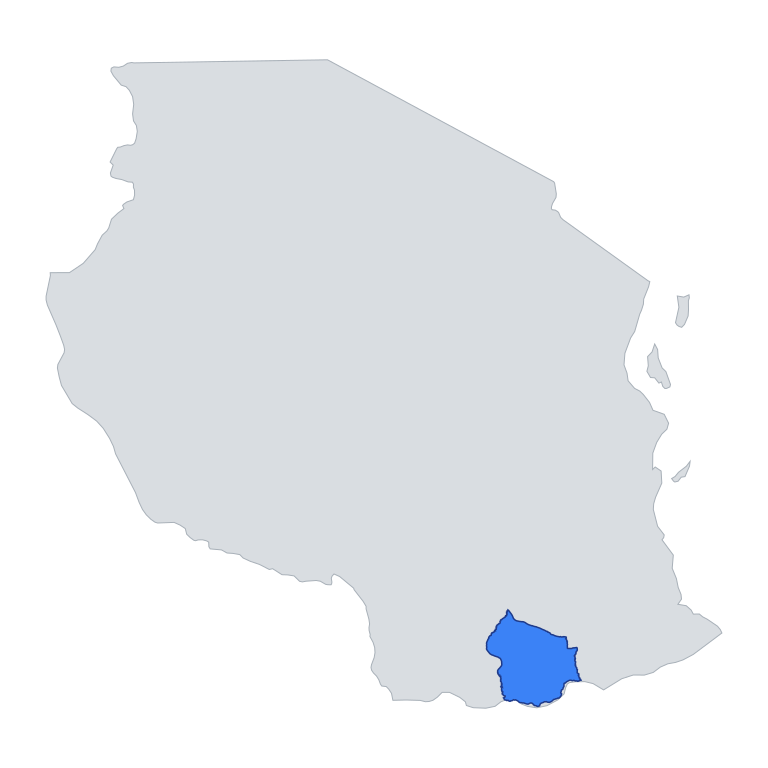 Tunduru, Ruvuma, United Republic of Tanzania shown in context
{"feature_id": "72390352B58168894275482", "entity_name": "Tunduru", "entity_type": "district", "adm_level": 2, "iso_a3": "TZA", "parent_name": "United Republic of Tanzania", "parent_adm1": "Ruvuma", "projection": "albers", "projection_center": [37.262, -10.895], "detail": "fine", "context": "in_parent", "style": "filled", "palette": "blue", "viewbox_px": 768, "rotation_deg": 0, "n_neighbors": 0, "source": "geoboundaries", "source_scale": "gbopen_adm2", "svg_char_len": 9509}
<svg xmlns="http://www.w3.org/2000/svg" viewBox="0 0 768 768"><path d="M269.3,569.5L259.4,564.4L250.5,561.4L243.1,558.0L239.8,554.6L233.0,553.4L227.0,553.0L221.5,549.9L210.2,548.9L208.9,546.8L208.7,542.1L206.7,540.9L202.6,539.8L198.2,539.9L195.5,540.7L193.9,540.3L190.2,537.6L186.7,534.2L185.3,528.6L180.1,525.1L174.1,522.4L157.6,523.0L155.0,522.2L151.0,519.4L146.3,514.8L142.5,509.5L139.1,502.3L135.5,492.6L115.6,453.9L113.5,446.5L109.6,438.4L103.3,428.4L96.7,421.1L87.8,414.5L77.7,408.0L72.2,403.6L61.5,385.5L59.2,376.9L57.4,368.0L57.9,364.4L64.1,352.8L64.6,349.5L63.7,345.2L60.4,336.1L56.1,325.1L47.4,305.1L46.1,300.0L46.1,296.2L50.4,275.6L50.2,272.7L69.5,272.6L83.3,263.3L95.2,249.6L97.5,243.9L102.2,235.2L107.0,230.8L108.8,227.8L111.5,219.2L117.8,213.2L123.9,208.6L122.6,205.5L123.5,204.3L126.8,202.0L133.4,199.7L134.6,195.2L134.5,190.1L133.4,187.3L133.5,184.1L132.4,182.2L128.1,181.9L121.6,179.5L116.1,178.5L112.4,177.2L111.0,176.1L110.4,173.0L113.2,165.1L110.1,162.0L116.6,148.9L117.7,147.3L120.2,147.1L124.0,145.6L127.6,144.9L130.6,145.3L132.7,144.7L134.6,143.2L136.1,138.8L137.3,131.4L136.4,125.5L133.5,120.9L132.6,113.9L133.7,104.4L132.6,96.6L129.4,90.4L126.1,86.7L121.2,85.1L113.4,75.7L110.9,71.1L111.3,68.2L113.9,66.9L118.8,67.3L123.3,66.1L127.5,63.3L131.7,62.5L133.9,62.9L327.5,59.8L553.7,181.7L554.6,183.1L556.3,193.8L556.0,197.4L552.5,203.5L551.5,206.7L551.4,208.9L552.3,209.8L555.2,210.1L557.7,211.6L558.7,212.7L560.6,217.3L563.0,219.7L647.9,280.7L649.8,281.6L648.6,286.7L643.7,299.0L643.4,304.1L641.5,310.2L639.7,314.2L634.7,331.5L630.6,338.0L624.9,353.3L624.0,364.9L627.0,373.1L628.1,380.8L634.6,388.4L639.8,391.1L643.3,394.5L649.5,402.4L653.0,410.3L664.2,414.3L668.6,423.2L666.9,429.2L661.7,434.2L656.7,442.4L652.8,453.1L652.6,469.5L655.2,467.0L661.1,471.0L661.8,483.1L655.6,497.2L653.7,503.7L653.3,509.4L657.6,526.3L664.2,534.9L663.7,537.6L662.0,539.8L673.3,555.1L672.2,568.3L676.4,578.6L678.2,587.5L681.0,594.4L681.5,599.1L677.9,604.3L686.2,605.7L691.1,610.0L693.3,614.1L699.3,614.0L702.6,616.8L707.2,619.2L717.5,626.2L720.3,629.6L721.9,633.0L693.3,654.4L683.0,659.9L675.6,662.4L667.8,663.8L660.3,667.1L653.3,672.4L644.3,675.1L633.3,675.0L621.8,678.7L603.6,689.9L593.1,683.6L584.8,681.6L575.3,681.8L569.5,682.6L567.4,683.9L565.6,687.7L564.1,693.9L557.8,699.9L546.9,705.7L536.8,707.8L527.6,706.4L521.4,704.0L518.1,700.6L513.3,699.1L507.0,699.4L500.9,701.8L495.1,706.3L485.9,708.2L473.2,707.7L466.4,705.5L465.4,701.8L459.8,697.4L449.6,692.4L442.1,692.4L437.3,697.2L432.9,700.3L429.0,701.5L425.4,701.7L420.2,700.4L406.2,700.0L392.9,700.3L391.5,693.3L388.7,689.1L386.3,686.6L381.7,686.0L380.4,684.0L378.8,679.7L376.5,676.0L373.5,673.0L371.6,670.2L371.0,667.5L371.5,664.7L374.2,657.5L375.0,652.6L374.7,647.6L373.1,642.4L369.9,636.4L370.2,634.6L369.1,630.4L369.0,627.5L369.6,623.9L368.9,619.1L366.1,608.9L366.1,606.3L363.1,601.3L354.1,589.7L353.7,588.2L339.6,576.5L334.0,574.0L332.0,576.2L331.3,578.3L331.9,582.1L331.6,583.9L331.0,584.8L327.7,584.7L325.6,584.3L320.3,581.2L316.2,580.5L306.0,581.2L302.4,581.9L299.6,581.3L294.1,575.9L287.7,574.9L282.0,574.7L272.6,568.7L269.3,569.5ZM665.9,371.6L670.5,384.5L669.9,386.9L666.6,388.4L664.9,388.5L662.8,386.4L661.4,382.0L658.9,383.1L654.7,377.8L650.5,377.5L646.9,371.3L648.3,365.9L647.6,356.6L652.1,351.9L654.7,344.0L657.6,349.5L658.2,357.9L662.1,367.9L665.9,371.6ZM689.0,294.8L689.3,297.9L688.4,300.7L688.5,309.9L688.1,316.0L684.5,324.4L681.7,327.3L679.1,326.5L677.1,325.1L675.5,322.7L678.9,307.3L677.3,296.0L683.8,297.1L689.0,294.8ZM678.1,481.2L674.8,482.0L673.6,481.2L671.6,478.6L675.1,476.5L678.5,472.3L686.4,466.2L690.1,461.3L689.5,466.1L685.0,476.6L681.2,477.2L678.1,481.2Z" fill="#d9dde1" stroke="#a8b0b8" stroke-width="1"/><path d="M508.0,610.0L508.0,610.4L507.8,610.7L507.2,610.8L507.3,611.7L506.7,611.9L506.5,612.1L506.6,612.5L506.9,612.8L507.0,613.1L507.0,613.3L506.6,613.4L506.6,613.5L507.0,614.3L507.0,614.5L506.7,614.7L506.7,615.2L506.5,615.8L506.2,615.8L506.0,615.5L505.7,615.6L505.4,616.1L505.4,616.7L504.9,617.3L504.6,617.3L504.3,617.4L504.1,617.8L502.5,618.7L501.7,619.6L501.2,619.6L500.6,620.1L500.6,620.4L500.7,620.8L500.1,621.2L500.0,621.3L500.0,621.7L500.1,622.0L500.2,622.7L500.1,623.0L499.6,623.4L499.3,623.5L499.1,623.7L498.9,623.6L498.6,624.0L498.2,624.2L497.9,624.7L497.5,624.8L497.2,624.9L496.8,625.7L496.5,625.9L496.4,626.4L496.2,626.6L496.2,626.9L496.6,627.1L496.5,627.3L496.1,627.5L496.1,627.9L496.3,628.1L496.3,629.2L495.4,629.4L495.5,629.7L495.3,630.1L495.4,630.6L495.0,630.5L494.6,630.6L494.5,630.8L494.8,631.1L494.7,631.3L494.1,631.7L493.9,632.2L493.4,632.4L493.2,632.3L493.0,632.5L492.4,632.6L491.8,632.9L491.8,633.4L491.4,633.5L491.3,634.0L491.2,634.6L491.3,634.8L491.1,635.4L490.0,635.7L488.7,637.3L488.7,637.6L488.8,638.1L488.7,638.3L487.9,639.5L487.7,640.2L486.9,641.9L486.5,643.1L486.7,644.5L486.5,645.5L486.6,646.6L486.8,647.0L486.7,647.5L486.6,647.8L486.5,648.6L486.7,649.1L486.6,649.3L486.9,649.8L487.5,650.7L489.9,653.7L491.8,654.9L493.2,655.3L494.4,655.9L496.8,656.7L497.3,656.8L498.2,657.2L499.2,657.9L499.7,658.1L500.1,658.3L500.5,658.8L501.2,660.3L501.6,661.4L501.8,664.9L501.3,666.0L499.6,668.1L498.5,669.2L497.9,670.1L497.6,670.8L497.6,671.5L497.8,671.9L497.6,672.6L498.0,673.0L497.8,673.3L498.0,673.8L498.2,674.0L498.5,674.3L498.4,674.5L498.9,675.0L499.0,675.4L499.2,675.6L499.4,676.0L499.6,676.0L499.8,675.7L500.0,676.5L500.6,676.4L500.6,677.0L500.8,677.1L500.6,678.1L500.9,678.4L501.0,678.6L500.8,679.5L500.6,679.6L500.6,679.9L500.8,680.0L500.6,680.5L500.8,680.8L500.6,681.3L500.7,681.5L501.2,681.8L501.2,682.0L501.6,683.0L501.5,683.4L501.6,683.5L501.6,683.8L501.4,684.0L501.5,684.2L501.6,684.3L501.9,684.2L501.9,684.4L501.7,684.5L501.8,684.6L501.7,684.8L501.8,685.6L501.7,685.7L501.7,685.9L501.6,686.1L501.6,686.3L501.4,686.3L501.6,686.6L501.4,686.5L500.9,686.7L500.8,686.8L501.1,687.1L501.5,687.1L501.4,687.2L501.7,687.4L501.5,687.5L501.6,687.9L501.7,688.1L501.7,688.3L501.5,689.0L501.7,689.5L501.6,689.8L501.5,690.0L501.9,690.5L501.8,690.8L501.9,691.3L502.0,691.6L502.7,691.8L502.5,692.4L502.7,692.7L502.7,692.9L502.2,693.4L502.2,693.7L502.2,694.0L502.8,694.3L503.1,694.6L503.2,694.8L503.4,695.5L505.1,695.9L505.2,696.3L505.0,696.9L504.8,697.2L503.5,697.9L504.1,698.5L504.1,698.9L504.3,699.4L504.6,699.7L505.2,700.0L505.6,700.0L506.6,700.3L506.9,700.6L507.9,700.3L508.6,700.6L509.0,701.1L510.0,701.3L510.3,701.2L510.5,700.9L511.8,700.7L512.5,700.5L513.2,699.9L513.5,699.7L514.6,700.1L515.7,699.8L516.4,700.3L517.4,700.7L518.2,701.3L518.7,701.7L519.3,702.4L520.0,702.6L521.3,702.6L521.6,702.7L522.7,703.0L523.4,702.9L523.9,703.0L526.4,703.9L527.7,704.1L528.2,704.1L530.2,703.1L530.8,703.0L531.3,703.0L532.4,703.4L533.4,704.5L533.5,704.8L533.9,704.9L534.3,705.4L534.7,705.6L535.9,705.7L536.3,705.8L537.0,706.3L537.5,706.4L539.3,706.0L539.6,705.9L539.8,705.0L540.2,704.0L540.7,703.5L541.1,703.2L541.4,703.1L543.0,702.5L543.5,702.4L544.2,701.8L544.4,701.7L545.3,701.8L546.3,701.6L547.3,702.1L549.3,702.4L550.1,702.1L551.7,701.3L553.8,699.4L554.7,699.4L555.6,698.8L556.4,698.8L557.4,698.3L558.0,698.1L558.7,698.1L559.2,697.9L559.7,697.5L560.1,697.0L561.0,695.8L561.4,694.7L561.6,694.1L561.6,693.7L561.4,693.5L560.8,693.1L560.7,692.5L561.2,691.6L561.2,690.8L561.4,690.2L561.7,689.8L562.4,689.6L562.8,689.2L563.1,688.2L563.2,687.5L563.9,686.7L564.0,683.8L564.2,683.3L564.3,683.2L565.4,683.0L565.8,682.6L566.2,682.1L566.7,681.7L568.1,681.0L569.2,680.4L570.0,680.2L571.0,680.2L571.9,680.6L572.4,680.7L573.3,680.4L574.2,680.4L575.3,681.0L575.7,680.9L577.0,680.9L577.4,681.2L577.9,681.3L578.7,681.0L580.2,680.3L581.0,680.2L580.5,679.2L579.8,679.0L579.7,678.9L579.4,678.2L579.7,677.9L578.9,677.0L578.8,676.6L578.9,676.2L578.4,675.7L578.5,675.6L578.8,675.5L578.8,675.0L578.6,674.8L578.5,674.6L578.8,674.3L578.8,673.9L577.2,672.8L577.2,672.2L577.3,671.8L577.2,671.3L577.3,670.9L577.2,670.6L577.4,669.6L577.2,669.4L576.9,669.4L576.8,669.1L576.7,668.5L576.7,668.1L576.7,667.7L576.1,667.1L575.7,666.5L575.8,666.1L575.6,666.0L575.3,665.6L575.5,665.3L575.6,664.8L575.3,664.6L575.2,664.3L575.2,663.9L575.4,663.4L575.4,663.1L575.6,662.9L575.5,662.2L575.6,661.7L575.3,661.3L575.1,661.3L574.9,661.0L574.8,660.8L575.0,660.5L574.8,659.9L575.1,659.6L574.9,659.1L575.3,658.9L575.4,658.4L575.0,657.9L575.1,657.6L574.9,657.2L575.0,656.8L574.8,656.4L574.6,656.5L574.4,656.2L574.4,655.6L575.0,655.3L575.0,654.7L575.4,654.4L575.7,653.8L575.9,653.8L575.9,653.6L576.0,653.2L575.9,652.9L576.0,652.8L576.0,652.4L576.2,651.9L576.2,651.6L576.4,651.3L576.9,651.0L577.0,650.7L577.2,650.4L577.3,649.1L577.1,648.1L576.9,647.6L576.6,647.5L574.1,647.9L573.1,647.9L572.4,648.1L572.0,648.4L571.4,648.5L568.7,648.5L567.5,648.4L567.4,648.0L567.3,645.3L567.5,644.3L567.1,643.1L567.4,641.9L567.2,641.6L566.9,641.5L566.9,641.4L567.0,640.7L566.8,640.6L566.8,640.3L566.5,639.8L566.4,639.4L566.2,639.2L566.3,638.9L565.8,638.7L566.1,638.3L566.1,637.8L566.3,637.4L566.3,637.2L565.9,637.0L564.6,636.7L564.0,636.9L563.8,636.7L563.1,636.7L562.5,636.9L561.6,637.0L561.1,636.9L560.6,636.6L560.4,636.6L559.8,636.9L559.1,636.7L556.8,636.3L555.5,635.9L554.8,635.7L553.2,634.9L551.3,634.5L550.8,634.2L549.9,632.9L549.5,632.7L548.7,632.4L548.1,632.0L547.9,632.1L547.6,632.0L547.5,631.8L547.2,631.4L546.2,631.2L544.7,630.3L542.2,629.3L539.8,628.1L537.1,627.2L536.3,626.8L534.6,626.5L533.3,626.1L532.3,625.7L531.7,625.7L528.7,624.7L527.1,623.9L524.9,622.4L523.4,621.8L522.7,621.7L521.8,621.7L519.4,621.4L516.6,620.8L515.5,620.3L514.7,619.7L513.5,618.5L512.3,615.6L511.4,614.1L508.6,610.4L508.0,610.0Z" fill="#3b82f6" stroke="#1e3a8a" stroke-width="1.5"/></svg>